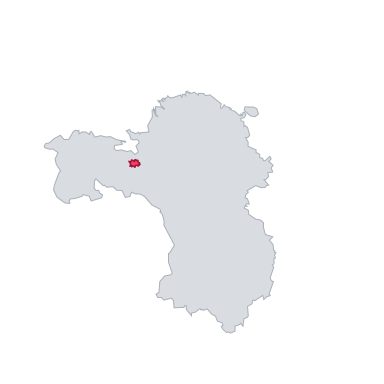 location of Beijing within China, rotated 228°
{"feature_id": "CHN-1155", "entity_name": "Beijing", "entity_type": "Municipality", "adm_level": 1, "iso_a3": "CHN", "parent_name": "China", "parent_adm1": "", "projection": "albers", "projection_center": [116.383, 40.244], "detail": "fine", "context": "in_parent", "style": "filled", "palette": "rose", "viewbox_px": 384, "rotation_deg": 228, "n_neighbors": 0, "source": "natural_earth", "source_scale": "10m", "svg_char_len": 5426}
<svg xmlns="http://www.w3.org/2000/svg" viewBox="0 0 384 384"><g transform="rotate(228 192 192)"><path d="M202.8,276.4L195.5,272.9L195.2,269.9L196.6,268.4L191.4,267.0L188.5,264.2L180.3,267.8L178.7,266.1L174.7,267.5L172.1,265.3L169.8,267.1L167.5,266.1L166.3,267.2L166.4,273.7L163.7,273.0L163.2,269.6L157.6,270.2L156.9,266.9L152.8,265.4L155.6,261.2L152.2,259.2L152.0,254.9L153.1,253.8L145.8,253.6L147.0,251.9L146.5,249.4L148.9,246.3L154.1,243.7L156.1,233.9L154.2,233.7L153.9,230.0L152.0,227.5L149.9,228.7L144.7,226.4L146.7,224.7L146.3,222.9L144.6,223.3L146.1,221.7L144.8,220.1L140.9,221.7L137.3,219.2L129.2,221.2L125.1,224.3L121.2,224.5L118.1,221.5L111.4,218.1L104.5,222.0L104.5,217.2L98.8,217.1L94.2,213.7L92.8,214.3L91.8,212.8L90.7,213.7L89.8,211.1L87.1,209.8L87.8,208.4L83.8,204.9L83.9,202.9L81.2,202.1L76.1,192.9L73.1,191.5L71.0,192.6L64.6,181.0L62.7,180.8L64.2,177.2L64.0,173.4L67.8,175.3L69.2,166.0L71.0,165.0L68.8,161.7L69.8,156.7L62.4,151.0L61.8,149.2L63.1,145.8L58.1,140.0L62.0,140.3L61.6,138.7L63.5,134.2L59.8,130.9L61.4,126.1L62.9,126.0L64.5,123.7L69.1,123.1L72.5,123.8L72.1,125.8L74.9,126.8L79.0,124.4L84.1,126.4L87.9,124.9L95.1,125.0L96.3,121.4L98.3,120.9L98.1,119.8L100.0,119.8L100.5,113.9L102.4,110.7L100.4,108.8L108.6,109.2L111.4,111.8L112.4,110.3L111.6,108.9L117.9,101.2L123.9,105.7L127.1,105.4L130.4,98.8L134.1,98.7L136.4,96.0L140.1,96.8L139.6,100.4L147.0,108.2L147.9,115.4L144.7,120.9L145.0,123.0L155.4,127.5L162.0,133.3L161.6,134.6L164.3,143.4L186.2,148.9L188.7,151.6L195.2,155.0L198.7,154.8L198.6,156.1L200.7,156.7L209.1,153.5L220.5,153.7L225.3,152.1L228.2,148.8L232.3,146.9L230.2,142.8L232.6,138.8L239.7,141.0L243.9,137.2L248.7,136.9L252.4,132.0L255.6,131.5L256.0,130.2L266.1,129.4L265.3,126.6L260.2,121.8L257.2,121.8L255.6,123.8L253.2,122.6L249.7,123.6L248.2,121.0L252.8,111.0L257.5,112.8L262.9,109.4L262.4,107.4L265.7,100.3L268.1,97.3L267.6,94.5L265.3,93.8L268.7,90.3L278.2,88.2L286.0,90.4L289.0,94.0L295.3,106.0L295.4,108.4L303.4,109.7L308.0,112.2L310.9,118.7L316.8,117.6L319.0,114.8L323.2,112.3L324.9,112.7L325.9,115.8L324.0,118.6L324.0,125.0L322.2,132.2L316.7,132.0L313.6,135.5L316.2,143.9L315.9,146.9L313.2,148.3L313.9,149.4L310.7,147.1L310.3,150.5L307.3,153.4L303.4,154.3L304.8,156.4L304.4,157.7L297.8,156.6L295.0,161.8L290.3,165.0L287.8,168.4L281.4,170.9L274.0,176.6L273.6,175.4L276.2,174.2L276.8,172.5L274.3,172.6L274.2,171.7L278.4,165.7L276.3,163.0L273.3,163.6L270.4,167.8L265.5,170.8L263.7,174.3L258.1,174.7L257.6,179.0L263.7,181.1L263.9,185.4L265.5,186.5L267.8,186.3L270.0,183.1L272.3,182.0L276.6,184.0L281.5,184.1L280.2,187.6L278.2,186.9L272.9,189.2L272.3,192.2L270.0,191.9L270.6,193.2L265.4,200.2L270.9,203.4L274.3,212.8L279.6,217.1L279.3,218.3L272.8,216.2L270.4,217.3L273.8,216.9L279.9,222.0L275.3,226.3L272.9,226.4L271.6,227.3L277.2,226.7L281.7,229.0L278.7,231.5L281.2,231.3L281.1,233.4L278.6,233.6L279.9,234.5L278.9,236.4L279.7,238.4L277.2,238.4L275.2,240.3L271.7,248.6L269.2,247.8L270.9,250.4L268.6,252.1L266.8,251.7L269.5,252.3L269.7,255.9L267.2,255.7L267.8,256.9L266.1,257.1L264.4,260.6L259.8,261.5L261.1,262.8L257.2,266.7L254.6,266.4L252.1,270.4L238.0,272.7L235.3,269.3L234.1,270.3L235.3,274.3L232.6,274.3L229.6,276.7L228.3,275.5L228.0,276.8L225.9,276.1L223.8,277.7L216.8,278.5L215.2,280.6L217.1,283.2L216.0,284.4L213.3,283.8L212.3,280.6L214.1,277.5L212.1,276.1L209.5,277.5L205.9,274.4L205.9,275.9L202.8,276.4ZM217.8,285.4L219.8,288.3L213.7,294.8L210.3,295.8L205.5,293.6L205.7,289.3L209.5,286.3L217.8,285.4ZM279.9,219.5L278.1,219.3L276.4,217.8L277.8,218.0L279.9,219.5ZM282.6,227.8L281.3,228.2L281.0,227.4L282.6,227.8ZM270.8,254.7L270.1,255.7L270.2,254.4L270.8,254.7ZM215.9,280.4L217.4,280.0L217.2,280.7L215.9,280.4Z" fill="#d9dde1" stroke="#a8b0b8" stroke-width="1"/><path d="M256.1,168.0L256.2,168.3L256.1,168.5L255.9,168.8L255.6,169.0L254.8,169.2L254.5,169.3L254.4,169.3L253.7,169.3L253.4,169.4L253.4,169.5L253.3,169.8L253.4,170.0L253.5,170.2L253.5,170.3L253.7,170.5L253.8,170.5L254.0,170.6L254.1,170.8L254.1,171.0L253.9,171.2L253.9,171.3L253.8,171.6L253.7,171.8L253.0,171.9L252.8,171.9L252.7,171.9L252.5,172.0L252.4,172.0L252.1,172.3L251.9,172.4L251.8,172.5L252.0,172.6L252.0,172.8L251.9,172.9L251.6,172.9L251.4,172.8L251.0,172.5L250.9,172.3L250.8,172.1L250.7,172.1L250.4,172.2L250.2,172.2L249.9,172.2L249.7,172.1L249.4,172.1L249.2,172.2L249.1,172.3L248.9,172.3L248.8,172.5L248.7,172.5L248.6,172.4L248.4,172.3L248.4,172.2L248.1,171.9L247.9,172.0L247.5,171.8L247.4,171.8L247.4,171.7L247.3,171.0L247.3,170.9L247.5,170.8L247.9,170.8L247.9,170.7L247.6,170.5L247.6,170.4L247.6,170.1L247.4,169.9L247.2,169.8L247.2,169.7L247.3,169.6L247.5,169.5L247.5,169.4L247.6,169.2L247.8,169.1L249.1,168.7L249.3,168.3L249.4,168.2L249.6,168.0L249.6,167.9L249.6,167.7L249.4,167.5L248.6,166.3L248.6,166.2L248.9,166.1L249.3,165.9L249.5,165.9L249.9,166.0L250.0,166.0L250.1,165.9L250.3,165.7L250.5,165.6L250.8,165.1L251.0,165.0L251.3,165.1L251.5,165.0L251.9,165.0L252.0,165.0L252.0,164.9L251.5,164.2L251.8,164.2L252.0,164.2L252.1,163.9L252.6,163.6L252.6,163.4L252.8,163.3L252.9,163.7L252.9,163.8L253.0,163.9L253.0,164.0L253.3,164.3L253.7,164.7L253.8,164.9L254.0,165.1L254.2,165.3L254.7,165.5L254.8,165.5L255.0,165.4L255.3,165.4L255.8,165.6L256.4,165.5L256.6,165.6L256.4,165.7L256.4,165.8L256.3,166.0L256.1,166.0L255.9,166.0L255.7,166.0L255.3,166.4L255.3,166.5L255.5,166.8L255.5,167.0L255.5,167.4L255.6,167.5L255.8,167.8L256.0,167.9L256.1,168.0Z" fill="#f43f5e" stroke="#9f1239" stroke-width="1.5"/></g></svg>